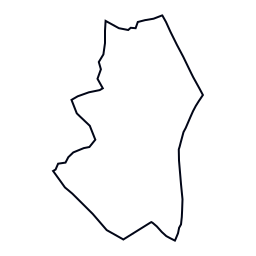 Al-Manathera, An-Najaf, Iraq (Albers equal-area conic projection)
{"feature_id": "34846034B93641163495115", "entity_name": "Al-Manathera", "entity_type": "district", "adm_level": 2, "iso_a3": "IRQ", "parent_name": "Iraq", "parent_adm1": "An-Najaf", "projection": "albers", "projection_center": [44.473, 31.772], "detail": "fine", "context": "isolated", "style": "outline", "palette": "ink", "viewbox_px": 256, "rotation_deg": 0, "n_neighbors": 0, "source": "geoboundaries", "source_scale": "gbopen_adm2", "svg_char_len": 1010}
<svg xmlns="http://www.w3.org/2000/svg" viewBox="0 0 256 256"><path d="M179.0,228.4L179.0,228.0L181.0,224.4L181.8,217.0L182.1,210.7L182.5,199.3L181.0,184.1L179.0,160.5L178.8,150.6L178.8,149.3L179.6,146.8L180.7,142.5L183.5,132.1L185.7,128.0L190.6,116.6L193.0,111.2L195.8,105.9L198.8,101.1L199.9,99.5L202.9,95.0L199.4,88.4L193.2,77.2L191.2,73.2L183.2,56.7L177.0,45.0L170.5,31.9L166.0,22.0L162.3,15.4L162.2,15.4L153.6,18.7L146.7,19.9L145.2,20.1L137.8,22.0L135.6,28.2L130.7,27.8L128.2,30.0L118.9,28.2L105.6,20.9L105.0,30.7L105.0,43.1L103.4,54.4L98.8,62.0L100.9,69.3L97.5,78.8L102.8,88.3L99.7,90.1L88.9,92.3L77.7,96.3L71.5,99.9L76.8,113.4L79.8,116.3L89.8,125.8L95.3,139.7L89.4,147.0L83.8,148.1L73.3,152.4L68.3,157.2L65.5,162.6L58.1,163.7L55.6,169.5L53.1,171.0L61.2,182.2L64.9,187.4L72.3,193.6L92.8,214.0L106.7,230.1L122.9,239.2L123.3,239.5L151.2,222.1L152.7,222.9L156.8,226.4L161.8,232.0L166.3,236.1L170.0,238.1L174.9,240.6L175.4,239.6L178.0,233.3L179.0,228.4Z" fill="none" stroke="#020617" stroke-width="2"/></svg>